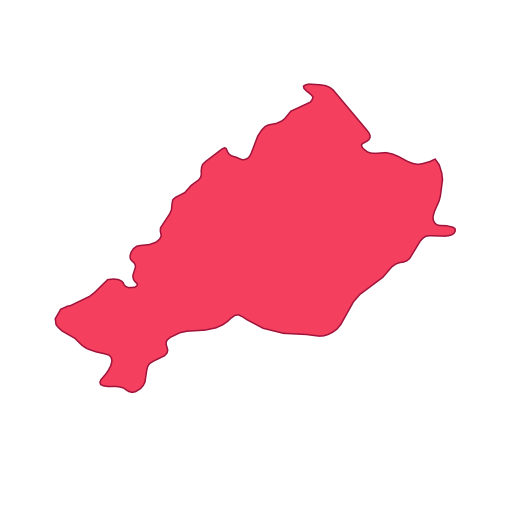 an SVG outline of Neamt, rotated 143°
{"feature_id": "ROU-309", "entity_name": "Neamt", "entity_type": "County", "adm_level": 1, "iso_a3": "ROU", "parent_name": "Romania", "parent_adm1": "", "projection": "robinson", "projection_center": [26.462, 46.963], "detail": "fine", "context": "isolated", "style": "filled", "palette": "rose", "viewbox_px": 512, "rotation_deg": 143, "n_neighbors": 0, "source": "natural_earth", "source_scale": "10m", "svg_char_len": 2557}
<svg xmlns="http://www.w3.org/2000/svg" viewBox="0 0 512 512"><g transform="rotate(143 256 256)"><path d="M103.0,281.6L104.6,281.5L105.6,280.0L105.8,277.4L104.4,272.1L102.2,268.9L98.6,265.9L89.9,260.3L85.5,255.1L82.3,249.6L78.0,240.2L74.9,235.3L71.5,231.7L67.6,229.6L60.4,226.8L54.6,225.6L54.8,218.6L57.8,210.3L61.1,204.7L72.6,193.0L76.5,189.9L86.5,184.3L90.9,181.0L92.9,177.8L93.4,174.8L92.8,172.1L90.9,169.8L85.8,165.7L81.3,160.3L80.6,158.1L81.7,156.2L83.7,155.1L86.4,155.0L89.6,156.1L93.1,158.1L104.7,167.4L108.0,169.4L111.3,169.8L115.8,169.1L134.6,161.6L138.3,161.4L141.9,162.4L145.1,164.2L149.3,165.5L154.2,165.6L167.5,162.7L196.3,162.8L205.7,160.8L229.7,150.2L235.5,148.9L240.7,149.0L245.7,149.9L250.2,151.6L253.9,154.1L262.9,162.9L280.6,177.7L293.8,194.0L301.4,210.2L303.2,215.3L305.5,219.7L308.8,221.3L313.3,221.4L318.1,220.9L324.1,221.1L331.4,222.8L341.3,227.5L356.4,237.5L363.1,240.6L373.5,242.6L377.3,242.4L379.6,241.3L381.0,239.3L383.1,234.0L385.4,232.1L389.1,231.4L401.3,233.8L405.8,234.1L408.9,233.0L411.6,230.9L420.5,222.2L423.9,220.5L428.0,219.6L433.8,220.1L437.0,221.6L439.0,224.1L440.2,226.9L441.0,229.9L443.4,233.2L446.6,236.3L452.5,240.6L455.9,244.0L457.4,246.8L456.6,249.1L454.3,250.5L446.7,252.2L442.1,253.8L437.8,255.9L434.3,258.8L432.7,262.0L433.0,265.3L435.8,269.1L441.3,275.5L445.8,282.2L447.3,285.0L448.7,289.2L450.2,299.3L456.0,312.8L456.9,317.9L457.0,321.5L454.1,326.7L444.0,331.0L436.6,329.3L433.9,328.0L413.1,323.9L406.9,324.0L388.7,326.4L383.5,323.3L380.0,319.9L378.4,316.7L378.2,314.5L378.7,312.4L378.4,310.0L376.9,307.5L371.7,304.0L368.9,303.9L367.6,305.0L367.9,307.4L368.1,309.8L367.4,312.5L365.9,314.7L359.0,319.6L357.7,321.7L357.5,324.2L358.1,326.9L358.0,329.5L356.5,331.9L353.6,334.1L349.5,335.6L345.4,335.6L342.2,334.1L334.3,329.3L327.5,327.2L322.6,327.5L319.5,329.2L317.3,333.7L315.2,336.0L299.3,341.7L295.7,343.8L290.7,349.2L288.5,351.0L285.2,351.3L274.6,349.5L265.5,351.4L255.7,351.3L252.9,352.2L250.6,354.0L248.6,356.9L246.2,359.4L243.7,361.2L239.2,361.8L218.8,361.9L215.9,361.3L215.2,360.0L215.5,358.3L216.1,356.1L216.2,353.8L215.6,351.5L214.2,349.2L212.5,347.0L209.6,341.9L207.9,340.2L204.1,339.0L201.0,339.5L198.2,340.8L182.3,350.8L175.6,353.2L170.7,353.9L167.2,353.2L159.9,349.6L154.0,348.3L150.4,348.4L141.0,350.7L120.0,346.2L117.5,346.9L114.8,348.5L114.9,351.4L116.5,358.1L116.8,361.1L115.8,363.1L113.2,362.8L110.1,361.3L101.6,354.0L97.8,350.0L95.7,346.4L94.5,342.4L91.7,289.3L91.8,285.9L92.5,283.4L93.8,281.9L95.7,281.0L98.3,280.9L103.0,281.6Z" fill="#f43f5e" stroke="#9f1239" stroke-width="1.5"/></g></svg>